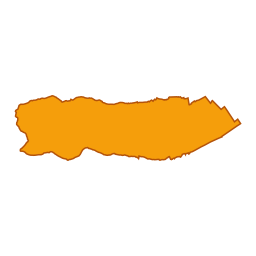 Siculeni, Harghita, Romania
{"feature_id": "2599482B95661688593457", "entity_name": "Siculeni", "entity_type": "district", "adm_level": 2, "iso_a3": "ROU", "parent_name": "Romania", "parent_adm1": "Harghita", "projection": "mercator", "projection_center": [25.693, 46.43], "detail": "fine", "context": "isolated", "style": "filled", "palette": "amber", "viewbox_px": 256, "rotation_deg": 0, "n_neighbors": 0, "source": "geoboundaries", "source_scale": "gbopen_adm2", "svg_char_len": 5750}
<svg xmlns="http://www.w3.org/2000/svg" viewBox="0 0 256 256"><path d="M239.6,124.3L240.6,123.6L237.7,119.2L234.5,121.8L232.7,119.0L228.7,113.0L227.7,111.4L224.9,107.3L224.4,106.7L221.1,109.4L212.4,100.6L211.7,101.2L211.5,101.5L211.2,102.5L210.5,103.3L205.3,96.6L200.5,99.2L198.5,100.2L196.6,100.6L195.1,101.7L194.4,101.0L191.5,103.1L191.4,103.8L190.2,104.3L189.9,104.7L189.4,104.8L189.1,104.7L188.0,98.0L187.0,98.4L185.1,98.8L184.1,98.7L183.8,97.6L181.8,98.2L180.3,96.8L179.8,97.0L179.1,97.1L178.5,96.8L178.0,97.1L177.1,96.8L171.0,97.0L169.5,97.0L168.7,97.6L168.8,98.2L167.8,99.2L166.3,99.8L166.2,99.5L165.0,99.9L164.3,99.7L164.1,100.0L161.9,99.2L159.7,99.0L158.4,98.7L156.9,97.9L156.6,98.7L156.2,99.2L155.7,99.8L154.8,99.2L153.5,100.5L153.0,101.2L152.1,100.5L151.6,100.1L150.3,100.8L149.3,101.8L148.3,101.3L147.5,101.9L147.2,102.1L145.7,102.1L144.1,102.2L142.8,102.4L140.6,102.4L139.4,102.4L137.5,102.8L137.2,101.9L135.9,102.4L135.3,102.5L133.8,102.9L133.0,102.9L132.0,103.2L130.3,103.2L129.5,103.5L128.8,103.5L128.2,103.4L128.1,103.2L127.6,103.6L127.1,103.5L126.3,103.3L124.9,103.4L124.6,103.3L124.1,102.9L123.2,102.7L122.2,102.5L120.4,102.5L120.1,102.4L119.4,102.7L118.9,102.8L118.0,103.3L116.4,103.6L114.1,104.4L112.9,104.3L111.7,104.2L111.2,104.3L110.4,104.2L108.9,104.3L107.1,104.0L106.0,103.7L105.4,103.4L104.8,103.1L104.0,102.8L103.2,102.7L102.2,102.0L102.2,101.5L101.4,101.0L101.1,101.0L100.1,100.3L99.8,100.1L99.2,100.0L97.2,100.5L96.1,100.5L94.7,100.1L94.4,99.7L93.8,99.5L93.0,98.9L91.5,98.1L90.1,98.2L89.3,97.9L88.5,98.2L86.8,98.2L85.9,97.9L85.1,97.9L84.4,97.5L83.9,97.3L83.2,97.0L82.6,97.0L81.6,96.8L80.7,96.8L80.1,97.0L78.6,97.1L78.0,97.3L76.4,97.6L75.3,98.3L73.5,99.7L72.6,100.1L72.3,100.0L70.9,99.3L70.6,100.0L70.0,100.8L68.7,100.9L67.7,101.2L66.3,100.7L65.3,100.8L64.7,101.3L63.9,101.6L63.3,101.6L62.7,102.0L62.2,102.1L61.4,101.6L61.1,100.8L60.3,100.4L58.1,98.7L57.2,98.2L56.1,97.2L55.6,97.1L54.0,96.3L53.3,96.0L52.4,95.8L52.0,95.8L50.8,96.4L50.1,96.5L49.4,96.8L48.6,97.0L46.0,98.1L44.3,98.5L42.2,98.2L41.0,98.5L40.2,98.9L40.1,99.2L39.4,99.2L38.3,99.0L37.5,99.3L37.0,99.7L36.0,100.0L35.2,100.2L34.0,100.2L33.0,100.4L32.5,100.7L31.2,100.5L29.7,101.2L29.0,102.1L28.4,102.6L27.3,103.1L24.6,104.0L23.3,104.3L20.7,104.3L19.3,105.2L18.8,106.0L18.8,106.5L18.5,107.2L18.0,109.0L15.8,110.4L15.4,111.3L15.7,111.7L15.9,112.1L16.3,112.4L15.5,116.2L15.6,116.3L16.4,117.2L17.2,117.4L17.6,117.7L17.8,118.6L17.8,119.4L17.8,119.6L17.8,120.2L17.5,120.7L17.2,122.0L16.8,122.5L16.7,123.5L16.6,123.9L16.7,124.6L17.8,125.7L18.2,126.3L18.5,126.4L18.8,126.8L19.0,127.4L19.2,128.0L19.3,128.3L19.5,128.7L19.8,129.0L20.1,129.8L20.4,130.1L20.9,130.9L21.3,131.2L22.5,131.5L23.1,132.1L25.2,133.0L25.9,133.8L26.1,134.2L26.4,134.9L26.5,135.8L27.0,136.8L27.5,138.5L27.5,139.1L27.8,139.6L27.9,139.8L28.1,140.0L28.3,140.6L28.2,140.9L27.8,141.7L27.3,141.9L26.9,142.5L26.2,143.1L26.2,143.4L25.8,143.8L25.6,144.2L25.1,144.9L24.6,145.4L24.2,145.9L23.7,146.5L23.4,146.9L22.9,147.2L22.7,147.3L22.3,148.0L21.9,148.1L21.7,148.4L20.5,149.2L20.4,149.6L20.3,150.1L20.3,150.6L20.4,151.0L20.8,151.2L22.2,151.2L23.7,151.5L25.1,152.3L26.4,153.7L27.0,154.0L28.8,154.7L30.3,155.1L31.2,155.2L32.6,155.2L33.1,155.3L35.3,155.2L38.8,154.7L41.1,154.7L42.5,154.2L43.3,153.7L43.8,153.2L44.1,152.9L44.4,152.9L45.7,152.8L47.4,152.4L47.7,152.4L48.1,152.6L48.3,152.6L48.9,152.5L49.3,152.6L50.1,151.9L50.4,151.7L51.2,151.7L51.7,151.8L52.7,152.1L53.2,152.6L53.7,152.8L54.2,153.2L54.8,153.8L56.2,154.6L57.5,155.6L58.6,156.1L59.1,156.5L60.4,157.0L61.3,157.6L61.7,157.7L62.4,158.1L63.9,158.6L65.3,158.8L66.0,159.0L66.5,159.2L66.8,159.4L67.0,159.6L67.2,160.0L67.4,160.1L68.1,160.2L69.2,159.6L70.0,159.4L70.4,159.5L71.8,159.0L72.9,158.7L73.9,158.2L74.7,157.6L75.3,157.3L76.6,156.8L77.2,156.6L77.6,156.4L78.1,156.2L78.9,155.9L79.5,155.2L80.3,154.2L81.5,151.9L82.6,149.9L83.0,149.7L83.5,149.1L84.7,148.4L85.2,148.0L85.7,147.8L86.8,147.8L87.5,147.5L87.8,147.6L88.4,148.2L89.1,148.6L89.8,148.5L90.4,148.8L90.6,148.8L90.8,149.0L91.5,149.1L93.0,149.9L93.4,149.8L95.3,150.5L95.9,151.0L96.9,151.5L97.9,152.0L98.9,152.4L99.9,152.6L101.5,153.3L102.9,154.0L103.6,154.6L104.3,154.8L104.9,154.8L105.6,154.9L105.8,155.1L106.6,155.2L107.7,155.3L108.8,155.0L109.3,155.1L109.9,154.9L110.6,154.9L112.3,153.9L113.3,153.6L114.4,153.5L114.5,153.8L115.4,153.9L115.7,154.3L116.6,154.4L117.1,154.6L118.1,154.7L119.2,155.0L120.9,155.0L121.7,155.2L122.4,155.4L123.9,155.2L124.7,154.9L127.2,155.8L127.6,155.7L128.5,156.4L128.9,156.6L129.8,156.6L131.2,156.3L133.0,156.5L133.8,156.4L135.0,156.5L135.4,156.7L135.8,157.1L136.4,157.1L136.7,157.2L137.0,157.3L137.4,157.7L138.4,158.2L138.6,158.5L138.9,157.3L138.9,156.1L139.3,156.1L140.8,156.6L141.6,156.7L142.6,156.7L143.2,156.8L144.5,157.2L146.5,158.2L147.6,158.9L148.8,158.9L149.2,158.8L151.6,159.4L152.2,159.6L154.1,159.5L154.5,159.7L156.4,159.6L157.1,159.4L158.3,159.5L158.9,159.3L159.6,160.1L160.3,160.1L161.5,159.7L162.5,159.6L163.6,159.7L165.2,159.4L165.6,159.2L165.9,158.9L166.2,158.5L166.5,158.2L167.1,158.0L168.1,157.4L168.2,157.1L168.5,156.8L169.4,156.6L170.5,159.0L170.6,159.3L171.3,159.2L171.6,159.5L171.8,159.3L172.4,159.2L172.8,158.7L173.2,158.5L174.0,158.2L174.5,158.3L174.6,158.5L174.9,158.0L175.9,157.5L176.4,157.1L176.7,157.1L177.0,157.0L178.1,156.6L179.0,156.8L179.5,156.5L180.0,156.7L180.5,157.1L180.9,156.8L181.4,155.9L181.8,155.6L181.9,155.3L182.2,154.8L182.3,154.4L184.2,153.6L184.9,153.8L185.0,154.0L185.3,154.4L185.3,154.0L185.5,153.7L186.3,153.7L186.8,153.4L187.0,153.5L187.4,153.3L187.8,153.2L188.0,153.0L188.4,152.9L188.6,153.1L188.6,153.5L188.8,154.0L189.5,153.6L190.1,152.3L192.2,151.7L195.1,150.2L201.2,146.8L204.7,145.1L210.4,142.0L218.7,138.2L221.9,136.9L221.7,136.5L237.1,125.9L239.6,124.3Z" fill="#f59e0b" stroke="#b45309" stroke-width="1.5"/></svg>